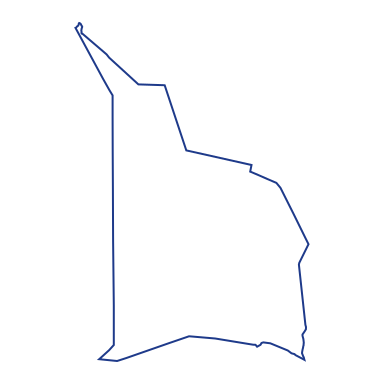 Rotonak Mondol, Batdâmbâng, Cambodia
{"feature_id": "14789045B15195219920111", "entity_name": "Rotonak Mondol", "entity_type": "district", "adm_level": 2, "iso_a3": "KHM", "parent_name": "Cambodia", "parent_adm1": "Batdâmbâng", "projection": "equal_earth", "projection_center": [102.87, 12.919], "detail": "fine", "context": "isolated", "style": "outline", "palette": "blue", "viewbox_px": 384, "rotation_deg": 0, "n_neighbors": 0, "source": "geoboundaries", "source_scale": "gbopen_adm2", "svg_char_len": 1419}
<svg xmlns="http://www.w3.org/2000/svg" viewBox="0 0 384 384"><path d="M164.7,85.3L164.0,85.2L138.4,84.4L115.1,63.1L109.2,57.7L106.6,54.4L82.4,33.7L81.9,33.7L81.5,33.2L81.5,32.5L81.5,31.3L81.3,30.7L81.4,30.2L81.5,29.4L81.6,28.7L81.8,28.1L82.0,27.6L82.2,26.9L82.1,26.3L81.7,25.9L81.3,25.3L81.1,24.5L80.8,24.1L80.4,23.7L79.8,23.2L79.2,23.0L78.8,23.5L78.7,24.2L78.6,24.7L78.4,25.2L78.1,25.7L77.8,26.0L77.4,26.2L77.0,26.5L76.8,26.8L76.4,27.3L76.0,27.7L75.5,27.9L103.2,79.1L109.5,90.3L112.6,95.4L112.6,117.7L112.7,151.0L112.9,188.8L113.0,216.4L113.1,240.8L113.8,305.5L113.8,345.0L109.1,350.2L107.0,352.1L99.2,359.2L117.1,361.0L126.1,358.1L169.7,342.9L189.0,336.3L190.6,336.4L215.2,338.5L246.3,343.6L253.1,344.7L255.5,344.8L257.1,346.7L260.5,344.8L261.5,343.0L263.3,342.4L270.3,343.3L287.8,350.5L291.5,353.3L294.5,354.1L295.5,355.1L304.4,359.8L304.1,358.8L304.0,358.2L303.8,357.5L303.5,356.8L303.1,356.1L302.7,355.0L302.3,354.0L302.0,353.1L302.1,352.4L302.2,351.6L302.6,349.4L303.0,347.9L303.3,346.1L303.6,345.2L303.6,344.0L303.7,343.4L303.8,342.8L303.7,342.1L303.6,340.9L303.3,338.7L302.9,337.3L302.5,335.7L302.5,334.5L302.9,333.9L303.8,332.6L304.8,331.1L305.9,329.3L306.0,327.0L305.4,324.8L298.9,264.6L299.3,262.8L308.5,244.2L305.6,238.4L293.9,214.6L280.5,187.9L276.4,182.9L267.1,178.9L258.0,174.9L250.2,171.6L251.5,165.0L186.3,150.4L175.5,117.9L164.9,85.9L164.7,85.3Z" fill="none" stroke="#1e3a8a" stroke-width="2"/></svg>